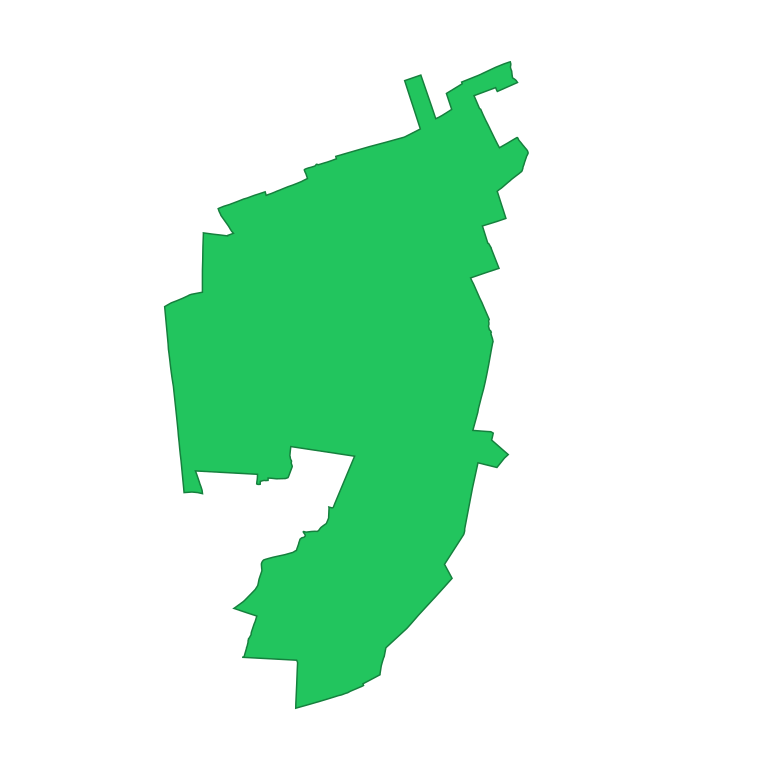 Sihlea, Vrancea, Romania (Robinson projection), rotated 341°
{"feature_id": "2599482B87031961829785", "entity_name": "Sihlea", "entity_type": "district", "adm_level": 2, "iso_a3": "ROU", "parent_name": "Romania", "parent_adm1": "Vrancea", "projection": "robinson", "projection_center": [27.167, 45.48], "detail": "fine", "context": "isolated", "style": "filled", "palette": "green", "viewbox_px": 768, "rotation_deg": 341, "n_neighbors": 0, "source": "geoboundaries", "source_scale": "gbopen_adm2", "svg_char_len": 6159}
<svg xmlns="http://www.w3.org/2000/svg" viewBox="0 0 768 768"><g transform="rotate(341 384 384)"><path d="M359.3,604.1L363.8,601.7L375.8,595.1L385.1,589.9L382.5,574.2L410.3,552.3L410.6,551.9L411.3,551.0L412.3,549.4L412.6,548.8L413.1,547.3L434.0,510.8L447.2,489.1L463.6,499.7L473.7,493.3L478.5,491.2L474.3,483.9L468.7,474.1L467.5,472.1L469.3,469.3L471.3,466.0L469.5,463.9L466.1,462.5L461.4,460.5L452.9,456.8L463.5,441.3L465.3,438.0L471.8,428.1L476.5,421.2L480.3,415.1L484.0,408.9L489.1,400.1L496.4,387.0L500.0,380.7L500.9,379.5L501.3,376.7L501.4,372.4L501.7,370.4L502.3,370.0L502.1,368.3L501.3,367.1L501.6,363.4L501.9,362.8L502.5,362.0L503.1,360.4L503.4,358.4L504.5,357.2L503.9,349.7L503.4,343.3L503.1,338.8L502.7,335.7L502.4,333.3L502.3,331.8L501.2,318.5L500.7,315.2L500.4,311.9L514.5,311.9L527.4,312.0L530.4,312.1L529.5,290.6L529.7,290.4L528.7,285.3L528.0,284.7L528.5,266.6L544.2,267.1L553.2,267.1L553.3,262.2L553.4,258.6L553.5,252.2L553.6,248.0L553.7,243.9L553.8,240.5L553.7,238.7L555.7,237.9L558.7,237.0L560.3,236.4L567.3,233.6L569.0,233.0L571.3,232.0L572.8,231.5L573.9,231.1L574.8,230.8L576.9,230.1L580.6,228.9L582.0,228.3L583.1,228.0L583.6,227.7L584.4,226.8L585.5,225.3L585.9,224.4L586.9,223.1L587.7,222.2L589.4,219.7L590.2,218.8L590.9,217.8L592.2,216.2L592.7,215.4L595.2,213.0L595.5,212.4L595.6,211.6L595.6,211.1L595.6,210.5L595.5,209.9L595.3,209.2L595.1,208.5L594.8,207.8L594.4,206.8L593.9,205.5L593.6,204.6L593.1,203.4L592.9,202.8L592.0,200.2L591.3,198.5L590.8,197.1L590.8,196.4L590.7,195.8L590.5,194.6L590.1,194.3L589.7,194.3L585.6,195.1L579.5,196.4L570.1,198.2L569.4,194.1L568.5,187.4L566.7,172.6L566.0,167.7L565.3,161.2L564.9,155.8L564.0,154.6L563.0,140.7L586.0,140.1L586.2,143.3L586.4,144.3L608.4,142.4L608.2,141.6L607.9,140.5L607.5,139.5L606.6,138.1L605.7,137.0L605.3,136.5L605.3,136.1L605.4,135.6L605.4,135.1L605.6,134.4L605.7,133.6L605.9,132.8L606.3,130.9L606.5,130.2L606.6,129.3L606.5,127.8L606.6,126.2L606.8,125.4L607.2,124.5L607.6,123.9L608.1,122.7L608.3,120.5L607.2,120.4L601.6,120.4L592.5,120.9L574.1,122.9L555.7,123.8L555.7,125.6L537.6,129.6L537.4,146.4L526.4,149.0L522.4,149.7L519.3,150.0L519.4,137.3L519.4,107.6L519.4,103.9L502.3,103.9L501.9,125.1L501.8,132.9L501.4,154.7L483.6,157.2L465.3,156.1L447.2,154.8L413.0,153.1L412.5,153.1L412.3,155.6L410.1,155.6L407.3,155.7L402.4,155.7L400.8,155.6L398.4,155.5L395.0,155.4L393.3,155.3L392.9,155.1L392.4,154.6L391.8,154.3L391.5,154.3L391.2,154.5L390.2,155.2L389.4,155.4L388.1,155.4L385.4,155.3L383.0,155.1L380.3,155.1L378.7,155.3L378.4,155.5L378.3,155.9L378.4,157.8L378.4,158.5L378.6,159.4L378.6,160.4L378.6,163.2L378.5,164.8L373.7,165.4L372.0,165.7L366.9,166.0L362.2,166.2L360.5,166.2L357.6,166.2L353.4,166.4L348.7,166.7L345.4,166.8L343.1,167.0L339.4,167.2L336.6,167.2L334.0,167.3L334.2,163.6L326.5,163.5L323.2,163.4L318.8,163.5L315.4,163.6L313.2,163.5L311.5,163.4L305.4,163.7L298.2,163.9L296.5,164.0L290.5,163.8L286.4,164.0L284.3,164.2L284.3,165.6L284.3,167.2L284.5,168.8L284.7,170.6L284.7,171.6L285.3,173.6L286.8,178.7L288.3,183.8L288.8,186.0L288.9,186.5L289.0,187.2L289.6,189.7L290.1,191.0L290.7,192.5L286.9,192.6L284.7,192.6L284.4,193.1L277.9,189.9L272.0,187.1L264.6,183.4L262.4,182.3L262.2,183.0L257.6,195.0L252.5,209.0L249.7,216.4L247.7,222.1L242.2,238.1L231.1,236.5L228.6,236.5L228.1,236.7L221.5,237.4L215.2,237.8L212.2,237.9L209.3,238.0L206.6,238.5L201.8,239.4L192.9,275.9L191.5,280.9L190.6,285.4L189.2,291.9L187.9,297.7L186.7,303.5L185.7,308.6L184.7,314.2L184.1,317.7L183.3,321.1L179.2,339.0L176.7,349.8L174.1,360.8L172.7,366.2L171.3,372.4L169.9,378.1L168.5,384.1L167.2,390.1L163.4,405.9L160.9,416.3L159.6,421.6L167.2,423.6L172.5,426.0L176.7,428.6L177.4,425.2L177.5,421.3L177.4,418.3L177.5,416.2L177.5,407.8L177.4,404.8L235.0,428.2L233.9,431.1L233.1,432.9L232.7,433.7L232.0,435.0L231.1,437.0L231.6,437.6L232.9,438.2L234.2,438.5L234.3,438.5L235.4,435.8L237.6,435.9L239.1,436.1L239.9,436.4L240.6,436.8L243.0,437.4L243.8,435.2L246.5,436.3L251.4,438.6L260.0,441.3L262.6,441.3L262.8,441.2L263.7,440.3L270.3,432.3L270.5,431.4L270.5,428.9L270.7,428.2L271.3,427.2L271.5,426.5L271.2,424.7L271.3,423.7L271.6,422.2L271.6,421.2L273.7,416.6L275.5,412.8L332.7,442.7L302.3,476.8L300.8,478.5L299.0,480.5L296.2,483.8L295.7,484.2L295.2,484.3L294.9,484.3L294.2,484.0L291.8,482.4L291.7,483.2L291.3,484.3L290.0,487.6L288.6,491.1L288.1,492.5L287.5,493.3L284.1,497.1L283.3,497.4L282.8,497.5L280.7,498.1L278.3,498.9L277.7,499.1L276.7,499.7L274.7,501.1L273.3,501.6L272.9,501.7L272.1,501.3L270.5,500.7L267.3,499.8L263.5,499.0L262.8,498.9L261.8,498.5L261.0,498.0L260.2,497.4L259.8,497.3L259.5,497.5L259.5,497.9L259.7,498.7L260.1,500.0L260.3,500.6L260.2,501.6L260.0,502.1L259.3,502.5L258.8,502.8L258.0,502.8L257.5,502.8L256.8,502.7L256.1,502.7L255.8,502.7L255.6,502.8L255.4,503.0L254.7,503.2L254.1,503.4L253.0,504.9L251.5,506.8L251.4,507.2L250.2,508.7L247.5,512.1L247.0,512.9L246.1,512.9L245.5,513.0L243.9,513.4L242.7,513.6L241.9,513.5L234.8,513.1L233.9,513.0L228.9,512.4L222.9,511.7L218.8,511.4L215.1,511.2L213.1,511.2L212.7,511.3L212.0,511.7L211.3,512.1L210.6,512.8L210.2,513.2L209.6,514.0L209.4,514.5L209.2,515.1L208.3,518.6L208.1,519.7L207.8,520.6L207.4,521.3L205.3,524.0L202.3,527.9L200.4,531.2L199.1,533.3L198.7,533.7L195.3,536.4L188.0,540.1L181.6,543.3L179.6,544.1L170.1,547.0L169.0,547.3L179.5,555.4L188.2,562.0L185.5,565.7L185.0,566.5L184.5,567.0L183.0,568.7L180.7,571.7L177.8,575.5L177.2,576.5L177.1,576.8L177.1,577.1L176.9,577.5L176.1,578.3L175.3,579.0L174.9,579.4L173.8,580.3L173.2,580.6L172.9,580.8L172.8,581.0L172.8,581.3L172.5,581.6L171.9,582.5L171.4,583.9L169.1,587.5L168.2,588.5L167.9,589.2L163.1,596.0L162.3,596.4L160.9,596.2L211.2,616.6L211.5,616.7L211.6,617.6L211.6,619.0L211.5,619.6L211.0,620.8L208.7,626.6L203.9,639.0L196.6,657.5L195.0,661.8L198.5,662.0L205.4,662.4L210.9,662.7L221.1,663.2L229.0,663.5L235.5,663.7L239.5,663.8L242.3,664.1L242.7,664.1L243.6,664.1L245.9,664.0L247.4,664.0L249.0,664.1L250.3,663.9L251.8,663.6L252.9,663.5L265.1,662.6L266.5,662.4L266.5,660.6L276.2,659.1L285.6,657.6L285.8,656.9L289.6,649.7L291.7,646.6L293.5,644.1L294.3,643.0L295.5,641.7L299.9,634.0L326.1,622.5L330.8,619.9L341.5,613.7L359.3,604.1Z" fill="#22c55e" stroke="#15803d" stroke-width="1.5"/></g></svg>